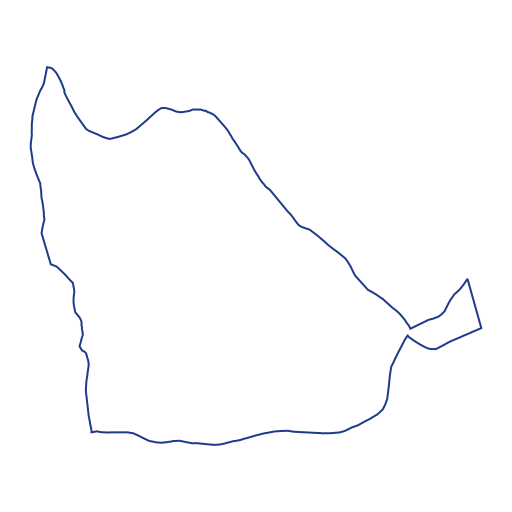 outline of Cap Estate/Golf Park, Gros Islet, Saint Lucia
{"feature_id": "8701671B13840593777950", "entity_name": "Cap Estate/Golf Park", "entity_type": "district", "adm_level": 2, "iso_a3": "LCA", "parent_name": "Saint Lucia", "parent_adm1": "Gros Islet", "projection": "robinson", "projection_center": [-60.937, 14.101], "detail": "fine", "context": "isolated", "style": "outline", "palette": "blue", "viewbox_px": 512, "rotation_deg": 0, "n_neighbors": 0, "source": "geoboundaries", "source_scale": "gbopen_adm2", "svg_char_len": 5713}
<svg xmlns="http://www.w3.org/2000/svg" viewBox="0 0 512 512"><path d="M481.3,328.1L467.7,279.6L467.1,279.4L463.6,284.6L459.4,289.8L458.7,290.5L454.5,294.2L450.4,299.9L447.6,305.1L444.7,311.1L443.9,311.9L441.6,314.3L438.5,316.6L433.1,318.7L428.9,319.7L413.7,327.1L410.4,328.7L410.0,327.8L408.8,325.5L407.3,323.7L405.9,321.6L404.8,319.8L403.2,317.9L400.9,315.1L398.1,312.2L395.6,310.1L392.8,308.0L390.5,306.0L387.9,303.6L385.6,301.6L383.2,299.3L380.0,297.2L376.6,294.8L373.5,292.9L370.2,291.0L368.0,289.9L355.5,276.0L354.5,274.5L352.8,271.1L350.5,266.3L347.6,261.6L345.4,258.5L341.7,255.4L337.2,251.8L333.0,248.8L328.4,245.2L324.6,241.7L321.8,239.3L317.6,235.7L314.1,233.0L309.7,229.7L302.9,227.4L299.6,225.8L297.7,224.0L293.1,217.7L290.9,214.7L287.9,211.6L287.3,211.0L269.8,189.7L268.3,188.6L266.9,187.6L265.1,186.0L264.1,184.4L262.7,182.9L260.9,180.6L259.3,178.3L258.2,176.0L256.7,174.1L255.3,171.6L254.0,169.5L253.0,167.4L252.1,165.7L251.1,163.8L250.7,162.8L249.1,159.8L247.6,157.7L245.4,155.4L244.0,153.8L242.6,153.2L241.0,151.6L239.5,149.3L237.8,146.4L236.1,143.9L234.8,141.8L232.8,139.1L231.2,136.2L229.9,134.1L228.6,131.9L227.1,129.6L224.7,126.7L224.3,126.2L216.1,116.9L214.8,115.6L213.6,114.7L212.1,113.8L210.3,113.0L208.8,112.3L207.5,112.1L206.2,110.9L204.0,110.7L202.5,110.1L200.4,109.5L198.8,109.6L195.3,109.5L192.6,109.6L191.4,110.1L189.7,110.8L188.1,111.2L186.0,111.5L182.6,112.1L181.8,112.1L179.2,112.1L178.1,111.9L176.1,111.5L174.8,111.0L173.0,110.2L172.1,109.8L170.1,109.2L167.4,108.5L166.8,108.3L164.8,108.0L162.8,108.0L161.0,108.3L159.9,109.0L158.1,110.0L157.3,110.8L156.3,111.6L155.4,112.2L154.5,113.0L153.6,113.9L152.3,115.1L150.3,116.8L146.5,120.4L143.2,123.2L139.1,126.7L135.9,129.4L131.3,132.0L125.8,134.6L122.0,135.7L117.4,137.1L112.9,138.2L110.1,138.9L107.2,138.4L103.2,137.0L102.3,136.7L97.1,134.2L92.8,132.5L88.7,130.7L86.1,129.0L76.9,116.1L75.9,114.2L74.5,112.4L73.5,110.4L72.5,108.2L70.5,104.5L69.4,102.5L68.4,100.5L67.2,98.3L65.8,95.6L65.1,94.0L64.2,91.7L64.5,90.5L64.3,89.9L63.4,88.0L63.0,86.8L62.6,85.4L61.8,83.7L61.1,81.7L60.4,80.5L59.9,79.3L59.1,77.8L58.2,76.1L57.3,74.7L56.2,72.7L55.1,71.5L53.9,70.2L52.8,69.0L52.1,68.5L50.2,67.7L48.8,67.6L48.3,67.4L47.1,67.2L43.9,83.3L43.5,84.2L42.8,85.8L41.9,87.8L41.1,89.0L40.5,90.0L39.8,91.6L38.8,94.0L38.0,96.0L37.1,97.9L36.5,99.7L36.2,100.7L32.4,116.4L32.4,118.5L31.9,123.3L31.8,126.3L31.8,128.7L31.7,132.4L31.9,135.1L31.6,137.1L31.3,139.7L30.9,142.6L30.7,145.5L30.8,148.5L31.3,151.5L31.8,154.6L32.2,157.4L32.5,160.1L32.9,162.9L33.4,165.0L34.3,168.0L35.2,170.7L36.6,174.5L37.7,177.3L38.9,180.0L39.5,181.7L40.2,183.0L40.3,184.9L40.9,189.3L41.2,191.9L41.3,194.5L41.4,196.1L41.5,197.5L41.9,199.5L42.3,201.4L42.7,203.5L42.9,205.0L43.2,207.3L43.5,209.6L43.9,213.0L43.8,215.1L44.3,218.7L44.3,220.2L43.8,222.1L43.5,223.0L42.6,227.2L41.9,231.0L41.6,233.4L50.8,264.3L53.0,265.1L56.7,266.6L60.4,270.1L65.4,274.9L68.9,278.9L71.4,281.5L72.8,282.8L74.3,290.6L74.2,292.9L73.9,294.9L73.7,296.9L73.6,298.9L73.5,301.6L73.9,305.5L74.7,309.3L75.0,311.1L75.3,312.3L75.9,313.1L76.7,313.9L78.2,315.9L79.2,316.9L80.3,318.8L81.2,320.8L81.5,321.8L81.5,323.9L81.5,325.2L81.9,326.7L81.9,328.7L82.2,330.4L82.5,331.9L82.8,333.7L82.8,335.2L81.7,338.2L80.5,343.1L79.7,345.5L79.6,346.4L80.5,348.0L81.5,349.6L82.1,350.5L83.7,351.2L85.2,352.3L86.0,353.2L86.6,355.1L87.1,357.1L87.7,358.9L88.2,360.7L88.4,361.8L88.6,363.6L88.7,364.7L88.5,366.6L88.2,368.7L87.7,372.0L87.3,375.6L86.9,378.0L86.5,380.3L86.4,381.5L85.8,390.4L88.7,415.8L91.6,431.2L91.5,432.3L93.5,432.0L95.1,431.7L96.2,431.4L96.9,431.3L99.1,431.8L99.5,431.9L100.1,432.0L103.0,432.3L105.5,432.4L107.6,432.5L109.8,432.4L111.5,432.4L117.2,432.3L124.6,432.3L126.6,432.3L127.6,432.3L130.1,432.8L132.1,433.1L132.6,433.2L133.1,433.2L135.9,434.5L137.8,435.3L139.6,436.2L140.2,436.5L140.8,436.8L143.2,438.1L146.2,439.5L148.5,440.6L149.6,441.0L150.6,441.2L153.9,441.8L156.1,442.4L158.2,442.5L160.7,442.7L162.0,442.8L163.3,442.5L165.9,442.3L166.4,442.2L167.1,442.1L168.5,441.9L171.6,441.5L173.1,441.0L173.6,441.0L174.5,441.0L179.0,440.8L179.7,440.8L185.6,442.0L189.7,442.8L192.0,443.2L192.5,443.3L193.1,443.3L194.1,443.2L195.2,443.2L196.6,443.1L198.5,443.4L204.2,443.9L210.8,444.6L213.6,444.8L214.4,444.8L216.1,444.8L216.6,444.7L218.9,444.7L219.7,444.5L223.3,443.8L224.3,443.6L229.4,442.2L233.2,441.2L234.2,441.0L235.6,440.9L236.1,440.8L237.5,440.6L240.9,439.8L245.1,438.5L248.3,437.7L251.1,436.8L254.6,435.8L257.3,435.0L259.3,434.6L260.1,434.4L261.8,433.9L262.3,433.7L262.8,433.7L263.3,433.6L264.2,433.4L264.9,433.2L266.8,432.9L267.5,432.8L268.8,432.6L269.4,432.4L270.0,432.3L272.2,431.9L273.0,431.7L273.6,431.6L275.2,431.4L278.5,431.2L282.8,430.9L286.9,430.8L288.1,430.8L291.8,431.4L293.3,431.7L295.8,431.8L297.4,431.9L298.3,432.0L310.3,432.6L317.9,433.0L318.8,433.0L323.0,433.3L323.8,433.3L325.8,433.2L328.7,433.3L329.8,433.1L332.2,433.1L333.7,433.0L334.8,432.8L336.1,432.7L336.9,432.7L337.4,432.6L338.0,432.6L338.7,432.5L339.1,432.5L340.0,432.3L342.2,431.7L344.7,431.0L350.4,428.2L351.1,427.8L351.9,427.4L352.5,427.2L357.9,425.3L360.8,423.7L361.7,423.2L364.7,421.5L369.7,419.0L373.0,417.0L374.5,416.1L376.2,415.1L376.8,414.8L377.2,414.5L382.8,409.4L385.3,404.4L386.2,401.7L387.2,399.0L388.4,389.8L389.0,384.4L389.7,377.3L390.2,373.5L390.3,372.5L391.3,366.5L393.0,363.3L394.9,359.2L398.1,352.7L401.8,345.6L404.0,341.4L404.8,339.8L407.2,336.1L407.7,335.6L408.2,336.4L408.5,336.8L411.3,338.8L412.3,339.5L413.7,340.5L417.2,342.7L420.1,344.5L425.0,347.1L426.5,347.8L427.7,348.3L428.4,348.5L429.2,348.8L431.8,349.0L435.9,349.1L438.2,347.9L441.0,346.5L445.2,344.2L449.0,342.1L451.1,341.1L451.7,340.8L459.9,337.4L463.8,335.6L466.3,334.6L470.2,332.9L471.9,332.1L481.3,328.1Z" fill="none" stroke="#1e3a8a" stroke-width="2"/></svg>